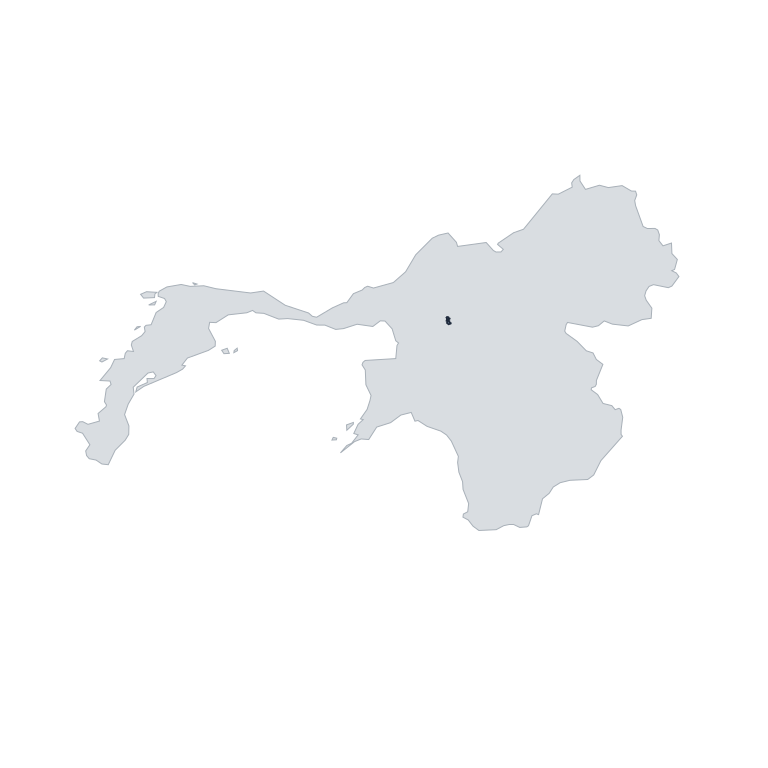 Khai Bang Rachan, Sing Buri, Thailand (highlighted), rotated 79°
{"feature_id": "78962969B1658466470104", "entity_name": "Khai Bang Rachan", "entity_type": "district", "adm_level": 2, "iso_a3": "THA", "parent_name": "Thailand", "parent_adm1": "Sing Buri", "projection": "albers", "projection_center": [100.295, 14.826], "detail": "fine", "context": "in_parent", "style": "filled", "palette": "slate", "viewbox_px": 768, "rotation_deg": 79, "n_neighbors": 0, "source": "geoboundaries", "source_scale": "gbopen_adm2", "svg_char_len": 5191}
<svg xmlns="http://www.w3.org/2000/svg" viewBox="0 0 768 768"><g transform="rotate(79 384 384)"><path d="M327.0,76.9L327.7,79.9L330.8,75.9L334.8,74.0L342.8,82.7L343.7,86.5L337.9,100.5L338.8,105.2L342.6,109.0L347.1,111.3L351.8,110.6L360.7,106.6L370.5,109.2L370.0,118.5L373.6,133.2L368.8,148.4L364.1,155.8L367.7,162.4L368.0,168.5L358.6,192.1L360.5,193.9L366.6,196.5L369.1,195.6L379.0,186.3L390.0,179.1L393.4,172.9L400.4,170.9L406.5,165.4L421.0,174.8L424.8,175.6L426.7,177.2L427.4,181.1L429.2,181.7L435.1,176.3L444.9,172.7L448.7,164.5L453.3,162.0L452.7,158.0L454.2,156.5L462.2,156.0L474.5,160.1L478.8,160.9L480.8,159.9L500.6,185.7L513.3,195.5L516.6,202.3L514.0,219.9L514.5,229.9L517.4,237.5L522.8,242.7L526.9,250.3L541.7,257.2L540.5,259.2L541.5,263.9L550.7,269.2L551.5,271.0L550.7,278.1L546.6,283.6L545.8,288.1L545.9,293.5L548.4,301.7L545.9,318.8L540.6,323.7L533.5,327.3L529.8,331.9L526.8,330.9L525.4,326.2L517.5,323.7L502.5,326.5L494.9,325.5L484.9,327.3L475.1,326.7L469.2,324.8L452.9,328.8L446.0,332.3L441.1,337.2L433.8,349.8L426.3,357.6L426.4,360.7L417.1,362.7L417.7,373.4L423.2,384.9L424.9,399.4L435.6,409.6L433.6,416.9L434.9,423.8L443.3,439.9L437.3,432.3L436.0,427.1L429.0,419.1L426.8,423.1L418.6,417.1L415.0,411.2L413.8,413.8L405.7,405.4L397.5,400.9L392.8,398.9L381.3,401.9L366.7,399.7L361.0,401.9L358.7,400.5L357.3,398.0L361.3,367.6L348.7,363.9L346.5,361.9L343.8,364.2L331.4,365.5L322.4,371.0L321.3,375.6L325.4,384.0L320.2,399.0L321.9,413.2L321.2,421.0L314.9,430.8L313.3,438.8L306.1,450.8L301.4,466.1L300.2,475.0L291.7,488.5L289.7,496.1L286.7,499.0L287.9,505.1L286.4,523.7L291.7,537.2L290.2,543.4L296.0,545.6L309.9,541.4L314.6,542.5L317.5,549.9L321.0,572.0L326.9,578.8L328.3,575.4L331.0,578.9L333.2,585.5L340.5,620.2L344.4,629.2L339.9,626.9L337.4,616.0L333.4,615.6L334.8,608.7L332.2,606.2L328.1,608.2L328.2,613.6L339.3,630.8L346.2,631.3L354.9,638.9L364.5,644.5L376.5,642.4L384.8,644.2L389.8,648.8L397.7,660.5L410.6,670.1L408.7,676.2L403.7,681.2L401.1,687.6L397.5,689.6L392.8,689.6L387.5,684.3L374.8,689.3L372.0,694.3L368.7,695.7L363.1,690.1L363.5,686.9L367.1,682.3L366.1,670.4L358.4,670.3L353.3,661.3L351.7,660.4L348.0,661.8L336.0,657.6L332.4,652.0L328.8,652.4L326.4,662.1L315.8,649.2L308.5,643.8L309.5,634.2L304.5,632.1L302.4,629.5L304.3,623.7L297.5,624.6L294.2,623.0L290.3,612.6L286.9,608.5L282.4,608.4L281.0,606.4L281.4,601.3L270.3,594.0L266.8,585.7L261.6,582.0L258.2,583.1L254.9,588.9L252.3,588.5L250.0,586.9L247.3,578.6L247.6,564.1L251.2,555.6L253.2,542.1L258.4,530.8L269.2,497.6L269.8,484.5L287.9,465.9L299.9,444.5L303.9,441.4L305.6,437.4L299.4,420.1L296.6,408.1L297.1,405.0L289.5,396.8L287.6,387.5L285.6,384.5L284.9,381.4L287.8,376.0L286.2,355.5L278.0,341.4L263.2,328.2L250.1,308.8L248.3,302.0L248.0,292.3L258.7,285.9L263.0,285.5L264.6,256.7L273.8,251.2L275.8,248.9L276.7,244.0L274.6,241.2L268.6,245.9L267.5,244.9L260.2,227.8L258.7,217.5L229.5,182.5L230.9,176.7L226.7,161.7L222.4,161.4L219.5,158.6L216.5,151.9L222.1,152.9L231.4,149.1L230.0,134.6L234.0,126.3L234.7,112.4L241.8,104.3L242.7,100.3L246.6,99.8L251.7,102.9L257.0,103.0L278.8,99.6L281.6,95.9L283.0,88.3L285.1,85.9L290.0,85.2L295.7,86.8L301.6,83.8L300.5,74.9L310.9,76.5L317.7,72.3L327.0,76.9ZM255.4,592.8L253.8,603.6L249.5,605.8L248.1,599.5L250.7,589.4L251.9,591.7L255.4,592.8ZM324.4,530.0L323.7,535.3L319.9,536.9L319.0,531.1L324.4,530.0ZM417.6,421.8L422.3,429.3L417.0,428.6L415.9,421.4L417.6,421.8ZM307.0,658.7L304.6,655.5L306.7,650.6L308.6,656.7L307.0,658.7ZM262.6,594.1L261.5,599.9L259.4,591.9L262.6,594.1ZM324.6,525.4L322.6,524.7L320.8,521.3L323.3,521.4L324.6,525.4ZM281.0,611.9L283.5,618.8L280.7,615.5L281.0,611.9ZM429.7,441.4L429.1,445.8L426.7,444.0L428.2,440.7L429.7,441.4ZM250.6,550.9L248.0,552.6L250.2,548.5L250.6,550.9Z" fill="#d9dde1" stroke="#a8b0b8" stroke-width="1"/><path d="M330.6,308.1L330.4,308.3L330.3,308.5L330.3,308.9L330.3,309.0L330.2,309.1L330.2,309.3L330.2,309.5L330.3,309.5L330.5,309.5L330.6,309.8L330.7,310.0L330.8,309.9L331.0,309.9L331.0,310.0L331.3,310.0L331.5,309.9L331.8,309.8L332.0,309.9L332.1,310.0L332.3,310.0L332.5,310.0L332.7,309.9L332.9,309.9L333.0,309.9L333.0,310.0L333.2,310.3L333.4,310.3L333.5,310.4L333.7,310.5L333.8,310.6L333.9,310.4L334.0,310.3L334.0,310.2L334.1,310.3L334.3,310.3L334.5,310.3L334.6,310.2L334.4,310.0L334.5,309.9L334.8,309.9L335.0,309.8L335.2,309.7L335.3,309.8L335.4,310.0L335.5,310.0L335.6,310.3L335.8,310.4L335.8,310.5L336.0,310.7L336.5,310.4L336.8,310.2L337.1,309.9L337.1,309.7L337.4,309.4L337.5,309.3L337.7,309.2L337.8,309.2L337.8,308.9L337.7,308.5L337.7,308.4L337.7,308.2L337.7,307.9L337.4,307.8L337.3,307.7L337.2,307.7L337.3,307.5L337.3,307.4L337.5,307.2L337.5,306.9L337.4,306.8L337.2,306.8L336.9,306.8L336.9,307.0L336.7,307.2L336.5,307.3L336.4,307.6L336.2,307.8L335.1,307.7L334.9,307.7L334.9,307.8L334.9,308.0L334.7,308.3L334.5,308.5L334.4,308.6L334.2,308.6L333.9,308.6L333.7,308.7L332.8,308.7L332.9,308.4L332.9,308.2L333.0,308.0L332.9,308.0L333.0,307.9L332.9,307.8L332.9,307.7L332.7,307.5L332.7,307.4L332.6,307.2L332.5,306.9L332.3,306.9L332.1,307.0L332.1,307.3L331.9,307.4L331.9,307.5L332.0,307.6L332.1,307.8L332.2,308.0L331.9,308.1L331.6,308.2L331.2,308.0L330.9,308.1L330.7,308.2L330.6,308.1Z" fill="#64748b" stroke="#1e293b" stroke-width="1.5"/></g></svg>